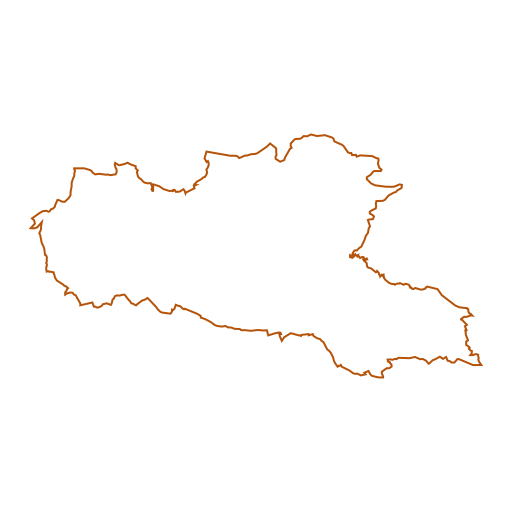 the district of Valea Chioarului, Maramures, Romania
{"feature_id": "2599482B15879109354657", "entity_name": "Valea Chioarului", "entity_type": "district", "adm_level": 2, "iso_a3": "ROU", "parent_name": "Romania", "parent_adm1": "Maramures", "projection": "robinson", "projection_center": [23.459, 47.406], "detail": "fine", "context": "isolated", "style": "outline", "palette": "amber", "viewbox_px": 512, "rotation_deg": 0, "n_neighbors": 0, "source": "geoboundaries", "source_scale": "gbopen_adm2", "svg_char_len": 6044}
<svg xmlns="http://www.w3.org/2000/svg" viewBox="0 0 512 512"><path d="M360.9,375.4L365.6,374.3L364.4,372.7L368.5,371.0L370.4,374.5L372.1,375.9L378.3,377.4L383.0,377.5L383.2,376.9L381.8,373.2L381.8,371.8L386.5,368.3L389.2,368.2L391.6,366.6L391.5,364.6L390.2,363.4L389.9,362.2L388.0,361.6L387.6,359.6L390.6,359.4L392.5,359.8L394.6,359.0L396.7,359.1L397.8,358.1L399.0,357.8L409.3,358.2L415.1,357.0L420.1,359.2L422.8,359.0L426.1,360.7L428.5,363.7L429.1,363.6L432.7,360.2L434.9,359.4L439.9,356.7L443.0,358.9L446.1,357.0L447.7,360.8L449.8,361.1L451.5,362.5L454.4,362.5L457.4,359.1L459.1,359.2L473.1,365.1L481.3,365.0L479.0,361.6L478.3,359.6L478.7,358.2L478.0,355.4L478.1,354.7L475.9,354.1L472.2,355.2L470.3,355.1L471.7,353.3L471.9,351.0L470.5,350.5L468.9,348.8L469.7,347.8L469.5,347.2L466.2,344.9L466.2,341.6L468.0,340.3L465.9,334.9L465.4,330.7L465.8,330.7L465.7,330.1L466.5,330.0L464.9,326.3L466.9,324.9L461.9,319.7L461.0,319.5L461.0,319.1L464.1,316.8L466.5,316.9L470.7,315.4L472.3,315.6L470.7,313.8L469.3,313.3L468.5,311.8L468.2,309.2L467.4,309.0L467.1,308.2L459.4,307.3L455.4,305.6L441.8,295.2L437.5,289.1L427.2,286.6L425.6,287.7L425.5,288.5L422.3,289.6L420.2,289.5L415.3,288.0L413.3,289.1L411.9,288.7L411.5,287.8L410.2,287.6L410.3,286.9L409.7,286.6L409.7,285.8L408.5,284.6L406.1,283.9L405.1,283.8L403.8,284.8L399.8,283.1L399.0,283.6L397.1,283.6L394.8,284.7L394.1,284.0L391.8,284.0L389.1,282.9L385.5,280.0L384.1,278.1L383.8,277.6L384.0,276.7L383.4,276.1L383.6,274.5L383.2,274.5L382.3,275.7L381.4,274.9L380.2,276.5L379.9,275.3L379.1,274.6L378.9,273.1L377.1,271.0L376.6,272.0L375.9,272.3L371.1,268.4L368.1,267.6L367.1,266.4L366.6,263.0L364.7,261.2L365.9,259.5L367.1,259.4L366.7,258.5L363.6,260.2L363.1,259.2L364.0,258.3L363.7,257.3L362.3,256.9L360.1,258.0L358.6,256.0L357.4,256.6L357.2,256.0L357.7,255.1L356.5,255.5L355.7,255.2L355.4,254.6L355.0,255.4L352.5,257.8L350.1,257.1L350.1,255.1L351.1,255.6L352.1,255.5L353.3,254.2L352.6,253.6L353.8,251.3L355.0,250.3L356.8,250.5L358.9,248.3L361.4,246.5L364.6,239.7L365.7,236.1L368.0,232.8L368.7,228.4L370.0,226.3L367.9,220.0L369.5,219.4L372.9,219.2L374.0,216.4L372.4,214.9L369.9,213.6L369.7,211.9L371.5,210.5L375.7,208.5L376.2,206.3L375.8,203.7L376.4,201.1L383.0,200.8L384.9,199.8L388.6,195.5L393.8,192.6L395.9,192.0L397.0,190.6L401.6,187.9L401.9,184.9L399.6,184.4L394.4,186.6L391.9,186.8L385.7,186.7L375.0,185.3L371.1,183.4L366.8,179.2L366.9,177.2L370.7,174.7L373.4,171.4L374.9,171.0L380.7,171.1L381.5,169.6L379.4,167.9L377.9,163.7L378.6,160.0L378.3,158.6L377.7,158.2L376.7,158.3L372.2,156.1L360.4,155.4L356.6,156.6L356.0,154.9L352.1,155.1L351.3,153.0L350.0,153.2L347.8,152.2L343.7,146.2L342.2,144.9L335.0,141.7L333.9,140.6L333.6,138.7L332.0,137.5L325.0,135.2L316.9,136.0L311.0,134.5L307.1,136.3L303.6,136.1L301.7,137.9L300.0,138.8L295.5,139.0L294.3,139.7L290.7,143.6L290.7,146.1L291.6,147.9L289.9,149.0L284.9,157.7L284.3,160.0L280.2,161.7L275.7,158.9L275.5,156.7L276.5,155.3L276.1,150.6L276.3,149.3L275.8,148.0L270.1,143.5L266.8,146.7L257.2,153.3L254.8,154.0L251.1,154.2L247.2,155.5L244.9,155.6L239.2,158.1L237.7,156.5L236.2,155.8L230.0,155.7L206.5,151.6L204.5,158.3L206.6,162.0L207.9,161.1L208.5,162.4L208.7,165.2L207.7,167.7L206.4,169.6L207.1,172.4L206.6,174.2L205.0,176.9L203.4,177.4L200.8,179.5L196.6,181.8L195.7,183.2L194.3,184.3L194.9,184.9L195.9,185.0L193.8,185.9L194.5,188.3L186.0,192.5L185.5,193.5L184.6,190.7L183.4,189.2L179.9,191.5L178.6,191.7L175.9,191.9L175.1,190.3L174.1,189.8L173.6,189.9L173.9,190.5L172.9,191.1L172.5,190.8L169.5,191.0L163.5,189.1L159.2,186.2L153.1,184.3L152.8,185.5L153.2,186.9L153.1,190.8L152.4,190.9L151.5,189.1L152.2,188.2L152.2,186.9L150.7,183.1L147.3,183.3L144.6,182.6L142.8,181.3L141.3,179.4L138.8,177.7L137.9,176.1L136.9,172.1L137.8,170.4L135.7,168.4L135.7,166.2L130.3,164.3L127.5,162.7L124.9,163.9L119.6,165.2L118.7,165.1L115.2,162.9L114.7,164.5L115.7,168.0L116.5,169.3L116.7,171.5L116.3,173.0L115.7,174.3L110.2,175.2L107.9,174.5L106.0,174.7L99.1,173.8L95.2,174.4L92.5,172.5L91.8,171.3L90.5,170.2L84.2,168.3L74.2,168.3L74.2,169.2L75.0,170.8L74.3,173.5L74.3,175.9L72.9,178.8L71.7,182.8L71.6,186.6L70.6,191.7L70.5,195.2L68.7,198.1L64.7,201.8L62.2,201.7L59.1,200.2L57.5,199.9L55.1,205.2L54.7,207.0L52.8,208.7L51.1,209.2L49.5,211.4L48.4,211.7L46.5,210.8L42.8,211.2L39.9,212.8L32.0,218.4L34.1,220.3L34.9,223.6L30.7,228.2L33.9,228.4L37.2,227.4L41.8,222.1L41.2,225.6L41.0,229.4L39.3,233.3L40.2,235.1L41.6,242.4L44.1,248.0L45.1,255.0L46.1,255.4L46.7,256.5L46.9,258.3L46.6,259.6L46.9,261.0L46.2,263.1L46.8,264.1L46.9,265.5L46.3,266.9L46.2,269.1L46.7,271.6L48.1,271.1L49.5,271.9L50.4,271.6L53.7,272.4L53.7,273.7L54.3,274.6L55.0,277.6L56.8,280.5L63.4,284.7L64.2,285.7L66.2,286.5L68.1,288.2L67.0,289.2L66.6,290.5L65.2,292.4L65.2,294.6L67.1,293.4L70.4,292.5L72.7,292.8L73.6,294.3L75.7,295.3L80.4,303.6L80.3,305.3L92.4,302.5L93.9,306.7L95.5,306.7L96.8,307.5L97.9,307.6L100.2,306.7L101.7,305.9L102.8,304.3L106.6,303.3L110.9,304.9L111.6,303.6L112.7,299.3L113.8,298.7L114.9,296.2L116.8,295.4L119.6,295.6L122.2,294.8L124.6,294.7L128.9,300.2L130.0,301.1L131.2,303.2L133.4,303.9L135.4,305.2L136.4,305.2L137.1,304.3L142.0,300.6L145.5,299.4L147.4,298.0L147.8,298.2L155.9,306.7L157.9,309.5L160.5,311.9L161.9,312.5L170.4,313.7L172.0,311.6L172.0,309.6L173.3,309.9L174.4,308.8L175.8,304.8L178.7,306.0L179.7,305.9L182.6,308.5L184.0,309.3L184.8,308.7L197.2,313.8L200.7,315.9L200.8,317.6L205.0,319.0L210.9,322.1L214.8,325.1L217.0,325.9L221.7,326.6L225.4,326.0L228.0,327.4L231.1,327.5L234.5,328.8L240.0,329.1L240.9,330.0L243.1,330.3L244.6,330.1L250.9,330.8L257.9,330.0L263.0,330.5L266.9,330.3L268.3,335.4L274.6,333.4L278.8,332.5L280.5,332.7L281.0,334.1L279.4,334.3L279.8,336.2L281.8,340.9L284.1,337.3L290.7,333.2L301.0,335.9L301.3,334.9L308.5,334.1L308.7,335.3L312.8,334.1L313.2,335.5L314.1,336.4L317.3,338.3L320.1,339.1L321.8,341.1L323.4,342.0L327.2,349.4L328.9,350.6L330.7,352.7L333.0,357.1L334.0,361.1L335.4,363.6L337.6,366.7L338.8,365.8L339.5,365.9L340.8,364.9L341.9,366.8L349.6,370.6L353.2,373.3L355.7,373.9L357.3,373.6L360.9,375.4Z" fill="none" stroke="#b45309" stroke-width="2"/></svg>